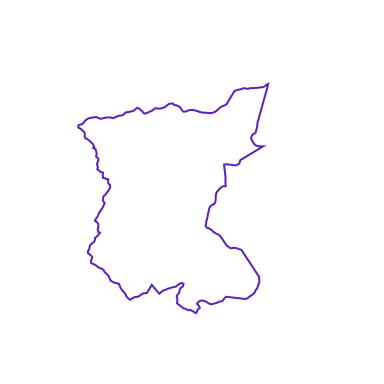 Araraquara, São Paulo, Brazil (Mercator projection), rotated 56°
{"feature_id": "56859067B88826988181840", "entity_name": "Araraquara", "entity_type": "district", "adm_level": 2, "iso_a3": "BRA", "parent_name": "Brazil", "parent_adm1": "São Paulo", "projection": "mercator", "projection_center": [-48.185, -21.756], "detail": "fine", "context": "isolated", "style": "outline", "palette": "violet", "viewbox_px": 384, "rotation_deg": 56, "n_neighbors": 0, "source": "geoboundaries", "source_scale": "gbopen_adm2", "svg_char_len": 3853}
<svg xmlns="http://www.w3.org/2000/svg" viewBox="0 0 384 384"><g transform="rotate(56 192 192)"><path d="M206.0,160.9L203.2,159.2L198.6,156.0L187.2,150.1L188.1,148.2L189.7,146.2L191.2,144.4L193.0,142.7L194.6,140.3L194.9,137.1L193.8,135.6L192.6,134.1L193.9,107.5L191.2,111.4L189.0,113.1L187.5,113.5L185.0,113.5L183.4,113.5L180.3,112.9L178.6,110.6L178.3,108.9L178.6,106.4L175.8,103.2L173.3,100.5L171.8,99.6L152.1,76.5L147.7,71.3L145.0,68.6L144.9,70.6L145.0,72.8L144.7,74.9L143.6,76.6L142.7,78.5L141.8,80.2L140.6,82.3L139.3,84.3L138.3,86.0L137.8,88.0L134.9,90.9L134.4,93.2L133.5,95.5L132.8,97.2L132.0,100.3L137.3,111.6L138.5,114.2L138.5,116.5L137.9,118.6L137.6,120.5L137.8,122.3L138.3,125.5L138.5,127.9L137.6,131.5L136.3,133.5L133.9,136.3L132.3,138.6L129.9,140.9L127.4,142.7L126.0,144.0L124.1,145.8L122.8,148.1L122.2,149.8L122.0,151.8L120.6,154.2L118.8,154.6L116.5,154.5L114.6,154.6L113.0,155.5L111.5,156.2L110.2,158.0L107.7,158.5L106.2,161.5L106.1,163.8L106.5,166.6L105.7,170.0L104.7,172.4L102.2,175.4L102.0,177.1L102.3,179.0L101.7,183.0L101.4,184.6L100.4,187.7L97.1,188.2L92.9,189.3L91.5,190.7L91.8,193.1L92.0,195.3L90.1,200.2L88.9,202.4L89.5,204.7L89.5,206.9L87.8,210.1L87.4,212.2L86.8,215.8L83.8,218.9L81.9,222.3L80.8,225.5L80.0,227.0L78.7,228.0L76.8,228.9L75.7,230.5L75.0,232.1L74.0,234.3L72.9,237.3L73.1,240.6L74.4,244.4L73.1,248.8L74.9,250.2L76.6,249.4L78.3,248.7L80.0,248.4L82.2,247.8L84.5,248.7L86.0,250.0L87.8,250.4L89.2,249.3L91.8,248.4L94.1,248.0L96.7,247.3L99.6,247.7L100.4,249.3L102.1,247.9L105.3,248.9L107.6,250.0L108.9,251.7L110.5,251.1L112.5,251.1L114.0,252.5L115.1,254.6L116.8,255.6L118.8,256.1L120.3,257.8L122.5,257.0L124.2,256.6L126.1,255.0L128.2,256.6L130.4,257.9L131.5,256.8L133.2,255.9L134.5,254.4L136.2,255.6L138.3,256.6L140.6,256.1L142.9,257.8L143.9,260.1L144.9,262.7L145.8,265.1L146.0,267.8L147.9,269.6L149.1,270.6L150.8,270.7L152.5,270.7L153.5,272.3L154.3,273.8L155.5,275.8L156.2,277.9L157.2,280.3L158.1,281.9L159.5,283.8L160.6,286.9L161.7,288.6L163.8,287.6L166.2,287.6L168.8,289.4L170.7,291.4L172.8,292.0L174.1,291.0L175.3,293.5L175.7,295.8L175.9,298.2L177.5,299.2L178.6,301.0L178.8,303.7L179.0,306.0L180.1,307.5L181.6,308.7L182.8,311.2L184.5,312.4L186.6,311.7L188.5,311.2L190.1,311.0L191.3,312.4L192.4,314.2L194.6,315.4L196.2,314.4L197.6,313.4L199.9,312.4L201.6,312.0L203.3,311.1L205.1,309.6L207.4,308.9L209.2,309.2L210.9,308.9L212.5,308.6L214.8,308.0L216.9,308.4L218.5,308.9L220.4,308.8L222.4,307.9L224.4,306.6L225.8,305.1L227.2,304.0L232.0,304.9L233.6,304.9L235.3,304.8L237.1,304.4L239.3,304.3L241.7,304.7L244.6,304.4L246.8,303.5L246.8,300.8L247.1,298.1L248.5,295.6L248.8,293.6L248.5,291.1L248.9,288.9L250.5,285.8L246.5,277.3L258.0,276.0L257.8,273.9L257.6,271.0L258.3,268.6L258.6,266.3L259.5,263.3L260.2,261.3L261.5,258.2L261.1,255.6L261.1,253.6L261.8,251.2L263.6,250.4L265.2,252.4L265.3,255.8L266.5,257.1L267.8,258.4L268.6,259.9L269.7,262.9L271.4,263.5L273.8,264.8L275.8,266.6L278.5,265.8L281.8,264.6L283.4,264.4L284.7,263.1L286.1,262.2L287.9,261.3L288.7,259.4L294.7,256.4L293.5,254.2L292.6,252.7L292.4,250.3L290.5,249.9L287.4,250.4L286.6,247.8L287.0,245.8L287.6,244.2L289.0,243.0L290.4,241.8L292.2,241.1L294.8,239.8L296.2,238.4L296.6,236.5L297.5,234.5L297.9,232.7L298.2,230.6L299.4,228.0L298.5,225.3L297.9,222.3L310.7,207.4L311.1,205.4L310.9,202.1L310.9,199.9L310.6,196.6L309.0,194.2L308.2,191.6L306.7,189.9L304.9,187.2L302.8,185.5L301.3,184.9L300.2,183.8L267.5,183.4L265.2,185.4L263.3,186.6L261.7,188.7L260.1,191.6L256.1,193.1L252.1,193.2L244.4,193.2L241.8,194.1L239.9,195.3L236.7,196.6L233.9,197.3L231.8,198.0L230.1,199.5L228.0,199.8L225.9,197.8L224.6,196.8L223.6,195.6L222.2,194.0L220.2,191.9L218.9,191.0L218.0,189.5L215.9,187.7L214.3,185.3L213.9,183.0L214.4,180.2L213.5,178.5L211.8,176.8L208.9,174.7L207.6,173.7L206.1,171.9L204.4,165.7L204.5,163.3L206.0,160.9Z" fill="none" stroke="#5b21b6" stroke-width="2"/></g></svg>